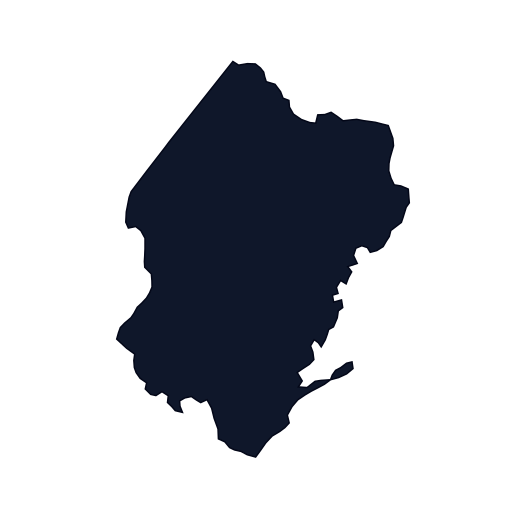 outline of Fortim, Ceará, Brazil, rotated 120°
{"feature_id": "56859067B63488334725218", "entity_name": "Fortim", "entity_type": "district", "adm_level": 2, "iso_a3": "BRA", "parent_name": "Brazil", "parent_adm1": "Ceará", "projection": "orthographic", "projection_center": [-37.861, -4.461], "detail": "fine", "context": "isolated", "style": "filled", "palette": "ink", "viewbox_px": 512, "rotation_deg": 120, "n_neighbors": 0, "source": "geoboundaries", "source_scale": "gbopen_adm2", "svg_char_len": 2214}
<svg xmlns="http://www.w3.org/2000/svg" viewBox="0 0 512 512"><g transform="rotate(120 256 256)"><path d="M433.2,197.1L432.5,190.1L435.1,183.1L434.7,177.7L432.7,171.2L432.5,164.3L430.3,155.8L422.1,154.9L412.9,154.1L403.8,152.0L396.1,147.7L390.2,145.2L384.0,143.8L378.1,149.3L368.4,149.5L359.7,147.9L351.8,144.1L345.2,140.4L339.3,136.6L332.8,132.6L325.9,129.6L331.3,137.6L335.0,142.2L344.4,146.0L348.2,153.9L341.1,153.5L336.3,162.1L330.2,159.2L323.1,155.6L316.8,154.1L310.8,158.7L306.6,163.8L299.4,163.8L299.9,158.7L302.1,154.1L294.0,154.1L288.4,155.1L283.3,156.3L278.7,153.5L268.9,154.7L262.4,157.3L257.3,155.1L251.3,160.0L257.1,165.7L251.7,170.2L247.4,166.2L242.9,170.7L234.9,170.5L235.1,164.0L228.4,165.1L221.9,165.2L219.3,171.3L211.8,164.6L206.8,171.8L199.3,173.4L194.2,169.5L193.0,163.7L195.7,158.9L190.9,154.1L184.3,150.6L178.1,150.6L172.5,150.3L166.5,152.0L161.2,149.8L154.2,146.9L149.2,147.9L138.7,150.3L133.3,149.8L128.7,153.0L121.9,157.6L122.9,165.6L125.3,171.9L121.2,177.9L115.9,183.6L109.4,187.1L103.9,189.0L91.8,192.0L85.7,196.3L76.9,206.7L78.7,212.9L80.5,219.4L83.0,225.6L84.9,230.2L87.3,237.1L91.1,242.4L95.4,248.2L94.5,255.4L94.0,262.8L99.1,267.1L102.9,273.1L111.1,270.7L113.5,276.0L115.1,284.9L114.4,294.5L110.3,301.5L104.8,305.3L105.8,311.5L101.4,316.9L97.8,325.4L99.9,334.3L96.4,338.1L92.9,341.3L91.0,346.1L90.0,352.6L93.7,359.6L99.4,366.5L99.1,373.3L200.9,388.3L207.7,389.1L237.3,393.1L262.6,396.3L268.4,395.3L282.6,390.4L291.8,385.7L295.6,380.5L290.6,374.9L291.6,368.4L296.1,361.0L305.3,355.7L311.8,352.3L316.6,349.9L321.4,346.7L323.8,337.7L329.4,333.8L334.9,330.5L341.2,329.7L347.2,329.8L354.0,331.4L359.7,333.2L366.9,333.0L372.0,333.4L379.7,336.2L385.8,337.7L391.3,336.7L397.6,335.1L400.6,321.7L401.6,312.0L407.5,309.6L413.4,305.6L416.9,301.5L419.9,295.1L420.5,287.3L426.5,285.4L428.5,278.0L426.9,272.9L420.5,269.6L420.9,262.1L427.1,259.4L428.5,253.7L430.3,248.6L428.2,241.5L424.1,246.7L419.7,249.7L414.5,246.7L410.0,241.7L410.5,235.7L410.6,230.6L404.9,226.6L410.0,218.3L417.5,211.1L424.8,202.4L433.2,197.1ZM325.9,129.6L320.0,123.7L312.8,118.6L305.0,115.7L299.7,119.9L303.6,124.0L310.3,126.8L315.2,129.9L321.1,130.4L325.9,129.6Z" fill="#0f172a" stroke="#020617" stroke-width="1.5"/></g></svg>